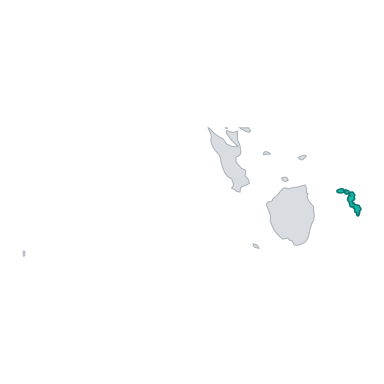 Kadavu, Fiji shown in context, rotated 270°
{"feature_id": "14151628B61046117406534", "entity_name": "Kadavu", "entity_type": "district", "adm_level": 2, "iso_a3": "FJI", "parent_name": "Fiji", "parent_adm1": "", "projection": "natural_earth1", "projection_center": [178.202, -18.951], "detail": "fine", "context": "in_parent", "style": "filled", "palette": "teal", "viewbox_px": 384, "rotation_deg": 270, "n_neighbors": 0, "source": "geoboundaries", "source_scale": "gbopen_adm2", "svg_char_len": 5335}
<svg xmlns="http://www.w3.org/2000/svg" viewBox="0 0 384 384"><g transform="rotate(270 192 192)"><path d="M182.6,269.3L182.6,271.6L183.8,272.5L185.1,272.7L188.2,276.9L193.0,280.6L195.9,283.4L196.1,285.8L195.2,288.3L196.4,292.9L197.0,297.6L199.1,305.0L196.1,306.5L191.4,306.6L190.3,308.0L188.7,307.2L184.8,307.8L181.0,310.2L177.4,313.6L173.3,313.6L168.7,314.3L164.1,313.8L160.8,312.0L155.1,310.1L147.4,308.4L144.3,307.0L141.6,304.9L139.1,299.4L138.8,296.7L139.2,294.1L141.4,293.2L143.3,291.9L143.5,290.2L144.3,289.0L145.4,288.6L146.0,287.7L145.2,285.0L145.0,282.4L149.4,277.8L154.3,273.8L162.8,270.2L168.0,270.5L176.0,267.7L178.6,266.4L181.2,267.2L182.6,269.3ZM256.2,208.7L249.7,215.4L247.4,218.9L245.4,222.7L239.9,226.8L237.5,232.3L237.7,237.9L243.2,232.1L249.4,227.3L251.3,226.4L253.2,226.4L253.1,228.0L252.2,229.6L251.5,233.8L253.1,237.7L248.5,237.4L244.0,237.7L238.6,239.9L233.3,240.8L231.3,240.9L229.4,240.1L228.2,239.0L227.2,236.4L226.2,236.0L222.0,236.1L215.8,241.2L213.7,245.6L211.3,245.8L208.4,244.9L204.9,248.2L200.8,249.4L199.0,246.6L197.9,243.1L196.4,240.6L191.9,239.9L192.6,236.8L193.8,235.5L194.9,233.7L195.6,231.6L197.7,232.9L200.0,233.8L202.5,232.2L205.0,232.0L207.6,227.4L211.7,224.6L217.3,222.3L223.0,220.7L226.0,220.3L228.8,219.4L233.8,215.1L237.0,212.8L240.6,211.5L244.0,210.7L247.2,211.4L249.7,211.0L256.3,208.0L256.2,208.7ZM191.4,350.0L191.4,352.2L185.9,353.7L184.1,351.9L182.9,351.5L179.6,354.7L178.7,356.0L178.4,357.0L177.5,357.5L171.5,359.0L168.9,357.5L170.6,356.4L172.8,354.4L175.1,354.7L177.3,352.8L179.5,349.8L182.6,349.2L184.9,348.1L188.5,348.9L191.4,350.0ZM256.2,248.7L253.0,250.6L251.7,248.8L253.2,244.4L256.2,239.8L256.1,243.5L256.2,248.7ZM228.2,306.1L227.8,306.5L224.1,302.5L224.3,300.9L224.9,299.5L226.4,298.1L227.7,300.4L228.8,304.3L228.2,306.1ZM206.0,287.3L203.8,288.2L202.5,285.1L204.2,282.0L206.1,281.8L207.0,284.9L206.0,287.3ZM231.4,269.1L230.0,270.4L229.3,263.5L230.8,263.6L231.9,264.3L232.5,266.0L231.4,269.1ZM137.8,258.0L135.6,258.9L136.8,254.8L138.0,253.6L138.8,253.3L140.1,253.1L139.6,255.9L137.8,258.0ZM132.7,24.5L131.0,25.0L128.3,24.6L127.7,23.8L128.6,23.6L130.4,23.0L132.6,23.3L132.9,23.8L132.7,24.5ZM256.2,227.4L255.7,227.5L255.6,226.5L256.2,224.9L256.2,227.4Z" fill="#d9dde1" stroke="#a8b0b8" stroke-width="1"/><path d="M185.1,348.0L184.9,348.0L185.0,347.9L185.0,347.7L184.9,347.7L184.7,347.5L184.4,347.7L183.8,347.7L183.6,348.1L183.4,348.2L182.7,348.5L182.4,348.5L182.4,348.8L182.4,349.0L182.2,349.1L181.8,349.5L181.7,349.4L181.5,349.2L181.2,349.2L181.0,349.3L180.5,349.4L180.1,349.5L179.5,349.7L179.2,350.0L178.8,350.0L178.4,350.2L177.9,350.0L177.7,350.1L177.4,350.5L177.2,350.7L177.0,351.1L177.0,351.8L177.0,352.1L177.2,352.3L177.3,352.4L177.3,352.6L177.3,352.8L177.3,353.0L177.2,353.1L177.2,353.3L177.2,353.5L176.9,353.7L176.7,353.6L176.4,353.5L176.4,353.4L176.0,353.3L175.8,353.4L175.8,353.5L175.7,353.6L175.5,353.9L175.4,354.2L175.5,354.7L175.4,354.9L175.1,355.1L174.8,355.0L174.6,354.9L174.5,354.7L174.4,354.7L174.0,354.7L173.6,354.7L173.3,354.7L173.2,354.8L172.8,354.8L172.7,354.8L172.3,354.8L172.1,354.9L171.9,355.0L171.7,355.1L171.6,355.3L171.6,355.6L171.5,355.9L171.5,356.0L171.4,356.2L171.3,356.3L171.2,356.4L171.2,356.5L170.9,356.6L170.7,356.6L170.3,356.7L170.1,356.6L169.9,356.6L169.7,356.7L169.5,356.8L169.4,356.9L169.2,356.8L168.8,356.8L168.7,356.8L168.7,357.0L168.6,357.3L168.6,357.5L168.3,357.5L168.1,357.6L168.1,357.8L168.2,358.1L168.2,358.4L168.3,358.5L168.5,358.6L168.7,358.4L169.1,358.5L169.1,358.8L169.1,359.1L169.4,359.2L169.7,358.9L170.1,358.8L170.3,358.9L170.5,358.9L170.7,359.0L170.6,359.3L170.9,359.5L171.0,359.6L171.4,359.7L171.4,359.4L171.3,359.2L171.4,359.3L172.0,359.2L172.1,359.4L172.4,359.5L172.6,359.5L172.8,359.4L173.0,359.4L173.3,359.8L173.6,360.4L174.9,361.0L175.9,360.7L176.4,360.2L176.5,359.6L177.0,359.7L177.3,359.7L177.6,359.6L178.2,359.4L178.3,359.3L178.5,359.1L178.5,358.9L178.7,358.7L178.6,358.4L178.6,357.9L178.8,357.6L179.1,357.3L179.1,356.7L179.3,356.0L179.4,355.5L179.4,355.1L179.2,354.6L179.3,354.5L179.9,354.6L180.8,354.1L181.1,353.8L181.2,353.5L180.9,352.9L180.6,352.8L180.7,352.7L180.9,352.6L181.2,352.7L181.3,352.6L181.4,352.8L181.5,352.7L182.1,352.6L182.6,352.5L183.0,352.2L184.2,354.4L184.3,354.5L185.4,354.5L185.7,354.5L186.1,354.5L186.4,354.5L187.0,354.3L187.5,354.3L187.8,354.3L188.1,354.3L188.8,354.9L190.0,354.0L190.8,353.8L191.2,353.5L191.6,353.1L191.9,352.7L191.9,352.0L191.9,351.4L191.8,350.1L190.8,350.0L190.8,349.7L190.7,349.6L190.2,349.6L189.9,349.2L189.7,349.0L189.1,349.1L188.9,349.2L188.7,349.3L188.4,349.8L188.4,349.7L188.5,349.4L188.4,348.9L188.3,348.7L188.1,348.6L187.8,348.5L187.4,348.5L186.8,348.5L186.4,348.1L186.2,347.9L186.1,348.0L186.0,347.9L185.9,347.9L185.9,348.0L185.7,348.0L185.4,348.1L185.2,348.0L185.1,348.0ZM194.1,343.8L194.9,343.1L195.3,342.6L195.2,341.2L194.8,339.6L194.0,337.6L193.0,336.8L191.8,337.3L191.2,338.6L191.1,341.6L191.3,342.8L192.0,343.7L193.3,343.9L194.1,343.8ZM193.9,344.3L193.4,344.0L192.9,344.2L192.1,345.0L191.9,345.2L191.7,345.1L191.9,344.8L191.8,344.5L191.6,344.5L191.4,344.6L191.1,344.8L190.8,345.0L190.6,345.1L190.4,345.3L190.0,345.7L189.9,346.0L189.8,346.3L189.9,346.8L190.0,347.3L190.2,347.8L191.4,348.7L192.3,348.9L192.9,348.9L193.2,348.3L193.5,347.6L193.4,347.1L193.3,346.8L193.9,346.4L194.2,345.9L193.9,344.3Z" fill="#14b8a6" stroke="#0f766e" stroke-width="1.5"/></g></svg>